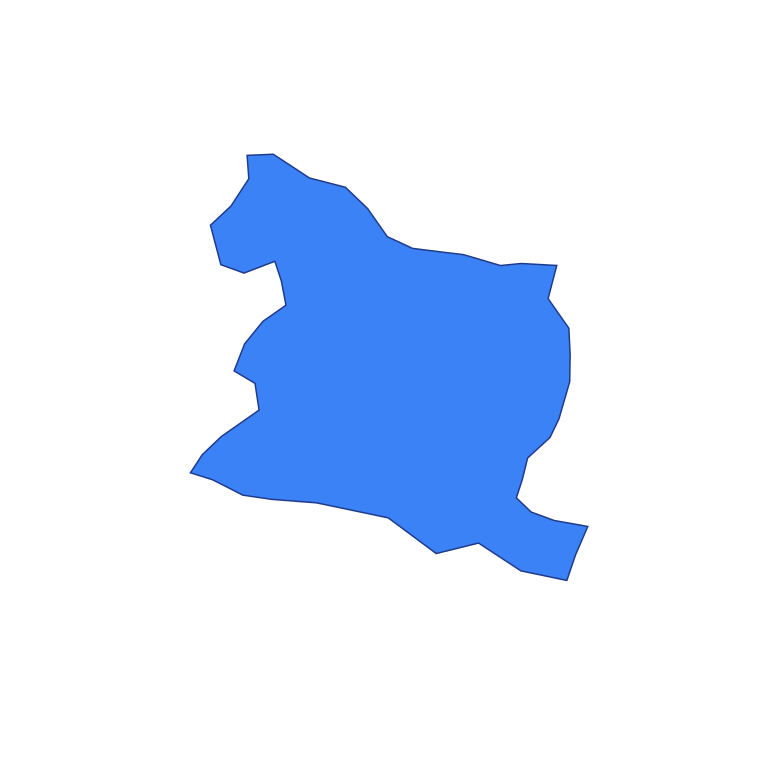 outline of Argaki, Cyprus, rotated 325°
{"feature_id": "46923920B73133986650844", "entity_name": "Argaki", "entity_type": "district", "adm_level": 2, "iso_a3": "CYP", "parent_name": "Cyprus", "parent_adm1": "", "projection": "mercator", "projection_center": [33.035, 35.188], "detail": "fine", "context": "isolated", "style": "filled", "palette": "blue", "viewbox_px": 768, "rotation_deg": 325, "n_neighbors": 0, "source": "geoboundaries", "source_scale": "gbopen_adm2", "svg_char_len": 783}
<svg xmlns="http://www.w3.org/2000/svg" viewBox="0 0 768 768"><g transform="rotate(325 384 384)"><path d="M389.0,615.7L421.1,649.8L443.1,633.7L469.2,617.6L445.1,593.4L431.1,573.3L427.1,553.2L443.1,541.1L459.2,527.0L489.3,523.0L507.3,512.9L537.4,488.7L553.4,466.6L567.4,444.4L567.4,408.2L593.5,386.0L565.4,363.9L547.4,353.8L523.3,323.6L505.3,307.5L485.2,289.3L471.2,265.2L471.2,230.9L465.2,200.7L441.1,172.5L425.1,132.3L403.0,118.2L391.0,138.3L360.9,150.4L332.9,154.4L318.8,192.7L332.9,212.8L365.0,220.9L358.9,241.0L348.9,263.2L320.8,263.2L292.8,271.2L268.7,287.3L278.7,309.5L266.7,333.7L220.6,333.7L194.5,337.7L174.5,345.7L188.5,363.9L204.6,394.1L226.1,414.3L260.6,442.7L310.7,496.1L329.5,552.8L370.2,568.5L389.0,615.7Z" fill="#3b82f6" stroke="#1e3a8a" stroke-width="1.5"/></g></svg>